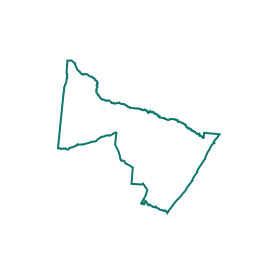 the district of Necochea, Buenos Aires, Argentina, rotated 321°
{"feature_id": "61730980B86190537601519", "entity_name": "Necochea", "entity_type": "district", "adm_level": 2, "iso_a3": "ARG", "parent_name": "Argentina", "parent_adm1": "Buenos Aires", "projection": "orthographic", "projection_center": [-59.026, -38.176], "detail": "fine", "context": "isolated", "style": "outline", "palette": "teal", "viewbox_px": 256, "rotation_deg": 321, "n_neighbors": 0, "source": "geoboundaries", "source_scale": "gbopen_adm2", "svg_char_len": 5908}
<svg xmlns="http://www.w3.org/2000/svg" viewBox="0 0 256 256"><g transform="rotate(321 128 128)"><path d="M132.9,71.4L132.9,70.6L132.6,70.0L133.1,69.6L133.0,69.0L133.1,68.5L133.0,68.0L132.2,67.3L132.5,66.6L132.4,65.5L131.8,65.1L131.5,64.6L130.7,63.8L130.5,62.9L130.3,62.6L130.4,62.1L130.6,61.8L130.1,61.1L130.0,60.3L129.0,59.8L128.6,59.1L128.5,58.6L128.1,58.3L126.9,58.5L126.6,58.2L126.7,57.9L126.5,57.3L125.9,56.9L125.7,55.6L126.1,55.0L125.7,54.2L125.9,53.6L125.6,53.3L125.5,51.5L125.3,51.0L125.5,50.5L125.5,49.9L126.0,48.5L126.4,46.5L126.9,45.8L127.0,45.2L127.5,44.6L127.6,44.1L127.0,42.8L126.9,41.0L126.6,40.6L126.4,40.0L125.7,39.2L124.5,38.6L123.4,37.4L114.6,46.9L114.5,47.2L114.8,47.4L114.6,47.6L114.5,48.3L113.1,49.2L113.1,49.7L112.3,50.2L112.2,50.6L112.0,51.1L111.8,51.0L110.8,51.5L109.7,52.7L107.9,54.2L106.6,54.5L106.0,54.8L105.6,55.5L103.5,56.5L103.2,57.1L102.6,57.5L102.4,57.9L102.3,58.3L101.8,58.9L101.0,59.2L100.6,59.8L99.8,60.4L60.8,99.7L61.5,100.4L62.6,101.1L62.6,101.7L62.8,102.2L63.3,102.3L64.3,103.3L65.0,103.4L66.5,104.4L66.3,105.0L66.7,105.5L66.8,106.2L67.8,106.9L68.9,107.1L69.4,106.8L70.0,106.8L70.3,107.1L71.8,107.4L72.8,108.1L73.4,108.1L74.7,108.7L75.6,108.6L76.3,109.1L76.7,109.1L77.2,109.4L77.5,109.4L77.8,108.9L78.5,108.8L80.1,110.7L81.5,111.3L82.1,112.3L82.5,112.5L83.6,112.7L84.1,113.2L85.9,113.8L87.1,114.5L89.2,115.2L89.8,115.6L90.5,115.5L91.2,116.0L92.7,116.9L94.0,117.7L94.1,117.9L95.2,118.1L97.7,117.7L100.2,118.1L101.0,118.0L102.0,118.1L102.3,118.6L103.0,119.0L105.0,119.8L105.6,119.8L106.7,120.3L107.3,120.9L108.4,121.4L108.7,121.6L108.8,122.4L109.2,122.6L109.9,122.6L112.3,123.2L113.0,123.1L113.6,123.3L115.2,123.4L116.0,124.4L107.6,132.7L105.7,140.8L104.5,143.4L104.2,144.5L103.2,145.9L102.7,147.1L102.7,147.9L102.1,148.7L102.6,149.6L102.8,149.5L103.2,149.7L103.7,150.4L103.8,150.7L104.3,151.5L104.4,151.9L103.7,153.3L103.8,153.9L104.7,155.6L104.8,156.4L105.4,157.3L106.3,160.3L106.9,161.6L95.6,173.6L103.1,180.6L104.7,180.6L104.1,187.9L103.8,188.4L103.4,188.9L99.1,191.6L90.7,194.9L90.7,195.1L91.5,195.6L91.5,196.3L92.5,196.4L92.5,197.4L93.1,197.3L93.0,196.5L93.5,196.3L93.7,196.0L94.6,196.4L94.8,196.0L95.4,195.6L95.4,196.2L95.9,196.3L96.0,196.7L95.8,196.9L95.5,198.8L95.3,199.1L95.3,199.5L95.1,199.9L95.1,200.2L95.4,200.9L95.8,201.1L95.8,201.4L96.0,201.5L96.7,201.1L96.9,201.5L96.8,202.0L97.1,202.5L97.2,203.1L97.7,204.3L97.5,204.5L98.2,205.7L98.5,205.9L98.8,206.4L99.1,206.2L100.1,206.3L100.2,206.5L100.0,207.6L100.5,209.0L100.9,209.3L101.2,210.2L101.0,210.7L101.5,211.8L102.8,213.2L103.1,214.2L103.6,214.8L104.7,215.1L104.6,215.7L105.4,216.1L105.4,216.7L105.1,217.8L104.9,218.0L104.9,218.3L105.0,218.2L105.9,218.6L108.4,217.6L110.3,217.3L117.5,215.4L122.1,214.7L124.0,214.6L126.7,214.2L128.4,213.6L132.8,212.9L137.3,211.2L142.8,209.9L144.5,209.3L145.5,209.3L145.7,208.6L146.3,208.2L151.1,206.6L153.9,206.0L154.3,205.3L156.9,204.0L168.8,200.3L169.9,199.3L172.4,198.0L174.5,197.0L177.1,196.2L180.6,194.6L182.6,193.9L184.7,193.6L185.2,194.0L186.3,194.7L185.9,194.3L185.3,194.0L185.5,193.2L186.1,192.6L189.0,191.9L190.6,191.8L195.2,190.5L184.1,179.7L180.5,183.3L180.0,183.0L179.9,182.6L180.7,181.9L180.0,181.4L180.1,180.8L179.8,180.3L179.7,179.9L179.2,179.7L178.8,179.4L178.7,178.9L178.5,178.6L178.6,178.4L179.4,178.3L179.9,177.8L180.0,177.4L179.4,177.2L178.9,176.6L178.3,176.5L177.8,175.9L178.1,175.0L177.4,174.0L177.7,173.0L177.2,172.3L177.3,172.1L177.2,171.9L176.5,171.7L176.3,171.3L176.4,170.9L176.2,170.4L175.7,170.1L175.8,169.5L176.4,169.2L176.1,168.4L175.4,168.0L175.4,167.7L175.7,167.4L175.6,166.8L174.9,166.3L174.5,166.3L174.8,165.2L174.2,164.8L174.0,164.5L174.2,163.6L174.3,163.5L174.3,162.8L174.8,162.5L174.3,161.8L174.3,161.6L174.7,161.1L174.6,160.7L174.0,160.1L174.0,159.6L173.5,159.0L173.7,158.6L173.6,158.4L173.2,158.2L172.8,157.5L172.4,156.5L172.2,156.3L172.2,155.5L171.2,154.6L170.8,154.7L170.9,153.4L171.4,152.9L170.6,152.4L170.4,151.9L170.5,151.4L170.4,151.2L169.6,150.9L169.1,149.7L168.0,149.1L167.0,147.8L166.4,147.6L165.2,147.7L164.6,147.0L164.1,147.0L163.9,146.7L163.5,146.0L163.5,145.2L162.3,144.3L162.6,143.0L161.8,142.6L161.3,141.9L160.7,141.6L159.7,140.1L159.4,139.9L158.9,139.2L159.0,138.5L159.7,138.4L159.6,138.2L159.1,137.9L159.5,137.1L159.5,136.9L158.9,136.7L158.9,136.0L159.1,135.9L159.1,135.5L158.5,135.0L158.4,134.8L158.6,134.4L158.2,134.0L157.9,134.0L157.9,133.4L157.6,133.1L158.0,132.1L157.1,131.7L156.9,131.4L157.2,131.3L157.3,130.8L157.2,130.7L156.3,129.9L155.8,129.9L155.2,129.6L155.1,129.3L155.2,129.1L154.8,129.3L154.5,128.7L154.3,128.8L153.2,129.1L153.2,128.5L153.1,128.2L153.5,127.7L153.3,127.1L153.5,126.9L153.2,126.5L153.2,126.3L153.3,126.1L153.0,126.0L152.9,124.6L152.4,124.5L152.6,124.3L152.5,124.1L152.1,124.2L151.0,123.6L150.9,122.9L149.9,122.4L149.8,121.2L148.9,120.7L148.6,120.1L148.7,119.7L148.4,119.0L148.2,119.1L146.7,118.3L146.4,117.5L145.5,117.1L145.1,116.4L143.8,115.2L142.8,113.7L142.1,113.6L142.2,112.4L141.8,112.0L141.3,111.8L141.2,111.5L141.2,110.5L141.3,110.1L140.7,109.5L140.6,108.5L140.2,108.2L140.2,107.1L139.1,106.3L138.9,105.9L138.4,105.5L138.4,105.2L137.8,104.9L137.4,104.3L137.3,103.7L137.0,103.3L137.1,102.8L136.3,102.7L135.7,101.8L134.9,101.8L134.3,101.2L133.1,100.9L132.6,100.0L132.7,99.3L131.9,99.2L131.6,98.9L131.1,98.7L131.0,97.8L131.2,97.5L130.9,96.5L131.0,96.1L130.8,95.3L130.2,94.2L129.7,94.1L129.4,93.6L128.7,93.8L128.1,93.2L128.0,92.4L127.3,91.7L127.1,90.4L125.9,89.8L125.6,89.2L125.5,88.3L125.6,87.3L125.4,86.6L125.7,85.9L125.5,85.7L125.5,85.1L125.8,84.6L125.8,84.2L125.5,83.8L126.0,83.2L125.8,82.6L125.9,82.3L125.6,81.2L125.8,80.6L126.1,80.4L126.1,80.0L126.3,79.6L126.9,79.4L126.9,79.0L127.4,78.6L127.7,78.6L127.8,78.1L127.9,77.8L128.4,77.7L129.1,77.2L129.7,77.2L130.3,76.8L130.2,76.3L130.6,75.7L130.6,75.3L130.5,75.0L131.4,74.5L131.8,74.6L132.0,74.1L132.4,74.2L133.1,73.5L132.9,72.8L133.2,72.3L133.3,72.0L133.2,71.6L132.9,71.4Z" fill="none" stroke="#0f766e" stroke-width="2"/></g></svg>